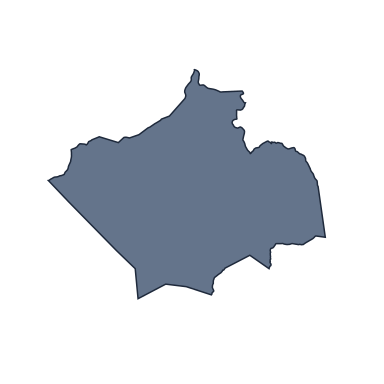 outline of Morolica, Choluteca, Honduras, rotated 17°
{"feature_id": "27666195B91678508389935", "entity_name": "Morolica", "entity_type": "district", "adm_level": 2, "iso_a3": "HND", "parent_name": "Honduras", "parent_adm1": "Choluteca", "projection": "albers", "projection_center": [-86.88, 13.564], "detail": "fine", "context": "isolated", "style": "filled", "palette": "slate", "viewbox_px": 384, "rotation_deg": 17, "n_neighbors": 0, "source": "geoboundaries", "source_scale": "gbopen_adm2", "svg_char_len": 5942}
<svg xmlns="http://www.w3.org/2000/svg" viewBox="0 0 384 384"><g transform="rotate(17 192 192)"><path d="M171.6,309.8L193.8,287.8L214.2,284.2L240.6,284.7L240.7,284.4L240.8,284.2L240.8,283.4L240.7,282.6L240.8,282.3L241.1,281.7L241.6,281.0L241.7,280.7L241.7,280.4L241.6,280.1L241.5,279.8L240.0,278.2L239.5,277.5L239.3,277.1L239.0,275.7L238.9,275.2L238.9,274.6L238.9,274.1L239.1,273.5L239.1,273.2L238.9,272.6L238.5,271.2L238.3,270.1L238.4,269.2L238.4,267.9L238.5,267.5L238.6,267.1L240.1,265.0L241.3,263.2L243.3,260.7L243.7,259.7L244.0,259.2L244.1,258.5L244.2,258.0L244.4,257.7L245.0,257.5L245.2,257.2L245.8,255.5L245.8,255.2L265.8,235.6L288.1,242.8L288.1,240.8L288.3,240.1L288.6,239.8L288.8,239.5L288.9,239.0L288.8,238.5L288.7,238.1L288.4,237.7L288.1,237.4L287.6,237.0L287.0,236.2L287.2,235.9L287.2,235.6L286.8,234.8L286.6,234.3L286.5,234.0L286.6,233.7L286.8,233.3L286.8,232.9L286.7,232.8L286.4,232.5L286.3,232.3L286.1,231.5L285.9,230.5L285.8,230.3L285.5,229.8L284.8,227.8L284.7,227.3L284.7,227.1L284.8,226.9L284.8,226.6L284.6,226.3L284.2,225.7L284.0,225.3L283.8,224.8L283.8,224.3L283.8,223.6L284.0,222.9L284.3,222.7L285.5,221.9L285.7,221.7L285.9,221.3L286.2,220.8L287.0,218.3L287.2,217.4L287.4,216.9L287.8,216.7L288.8,216.4L290.8,215.8L292.0,215.4L292.9,215.1L293.5,214.8L294.2,214.7L294.9,214.8L295.3,214.9L296.2,214.7L296.9,214.7L297.4,214.6L298.4,214.4L300.7,213.5L302.5,212.2L302.9,212.0L303.8,211.9L306.9,211.5L307.9,211.3L308.8,211.3L309.6,211.0L310.4,210.5L310.8,210.5L311.2,210.5L312.0,210.4L312.5,210.3L313.0,209.9L313.6,209.8L314.0,209.4L314.7,208.4L315.7,207.2L317.0,205.8L319.4,203.2L320.0,202.6L320.5,202.0L321.0,201.5L321.4,200.9L322.1,199.7L322.7,198.4L322.9,198.2L323.3,197.9L323.5,197.8L332.7,196.3L310.9,149.7L310.5,149.4L310.0,148.9L309.4,147.3L309.1,146.5L308.4,144.9L307.8,144.4L305.8,143.2L305.4,142.8L304.8,142.3L304.3,141.5L303.3,140.3L303.1,139.8L302.8,139.5L302.4,139.1L300.0,137.4L299.7,137.1L298.9,136.2L298.3,135.2L294.3,130.9L293.4,130.1L292.5,129.6L291.8,129.1L291.7,128.9L291.4,128.4L290.9,127.0L290.6,126.5L289.7,125.5L288.9,124.8L288.3,124.5L287.8,124.3L286.9,124.3L285.9,124.0L285.0,123.9L284.7,123.9L284.3,124.0L284.0,124.0L283.3,123.8L281.7,123.0L281.0,122.7L280.7,122.6L279.5,122.7L279.3,122.6L279.1,122.5L278.9,122.3L278.4,121.4L277.7,120.4L277.1,120.0L276.8,119.8L276.5,119.8L276.3,119.8L275.9,120.0L274.5,120.7L272.4,122.2L271.9,122.5L271.5,122.6L271.1,122.7L270.3,122.6L269.2,122.4L266.7,121.5L266.2,121.3L265.9,121.1L265.5,120.8L264.9,120.1L264.0,119.4L263.8,119.3L263.6,119.2L263.2,119.4L262.5,119.5L260.4,119.5L259.6,119.6L259.3,119.8L258.5,120.6L258.3,120.7L258.0,120.7L256.6,120.2L255.9,120.5L255.4,120.8L254.4,120.9L254.1,120.8L253.8,120.8L253.9,121.5L253.8,122.1L253.8,122.4L253.6,122.5L253.4,122.4L252.8,122.0L252.1,121.6L251.9,121.6L251.5,121.6L251.1,121.6L250.5,121.4L250.1,121.1L249.7,121.1L249.3,121.3L248.9,121.6L248.1,122.4L245.5,125.0L244.1,127.0L243.7,127.7L243.4,128.3L243.3,129.2L243.0,129.7L242.4,130.1L240.2,131.2L239.4,132.1L238.8,133.0L238.6,134.5L238.1,135.3L237.5,136.3L237.4,136.5L237.2,137.2L237.0,137.7L236.6,138.2L236.4,138.2L236.2,137.8L236.1,137.6L235.7,137.2L234.1,136.4L233.0,135.8L232.2,135.1L231.3,134.2L229.8,132.8L228.1,130.0L226.6,128.3L225.9,127.9L225.6,127.5L225.4,127.1L225.3,126.7L225.0,123.3L224.9,120.4L224.7,119.6L224.6,119.0L224.4,118.5L224.1,118.0L223.7,117.6L223.4,117.4L221.0,116.0L220.2,115.8L219.4,115.7L219.2,115.7L219.0,115.8L217.3,117.3L216.7,117.6L216.4,117.6L215.7,117.6L214.6,117.6L213.9,117.4L213.3,117.2L212.8,116.8L212.0,115.9L211.1,115.3L210.7,114.9L210.4,114.5L210.1,114.0L210.0,113.5L210.0,112.9L210.1,112.0L210.3,111.6L210.8,110.9L211.8,110.0L212.2,109.8L212.7,109.6L213.0,109.5L213.3,109.2L213.5,109.1L213.5,108.9L213.4,108.5L213.0,107.8L212.8,107.2L212.3,105.9L212.1,105.5L211.9,104.6L211.1,101.9L210.8,101.2L210.7,100.9L210.8,100.7L211.0,100.3L211.6,100.1L214.4,99.5L214.9,99.1L215.6,98.6L216.2,97.7L216.6,95.9L217.0,95.1L217.1,94.5L217.1,94.0L216.9,93.5L216.9,92.6L216.9,92.0L217.0,91.1L216.3,91.3L215.8,91.3L215.2,90.9L214.4,90.2L213.6,89.5L212.2,88.6L211.7,88.3L211.0,87.6L210.6,87.1L210.3,86.5L210.1,85.8L210.2,85.2L210.8,84.4L211.2,84.1L211.7,83.8L212.2,83.3L212.4,83.0L212.3,82.4L211.7,81.7L210.4,80.8L192.0,87.3L191.1,87.7L190.1,88.0L189.2,88.0L188.4,87.8L185.7,87.5L184.8,87.4L184.5,87.4L183.6,87.4L182.0,87.5L177.6,88.1L176.9,88.1L176.1,87.9L175.0,87.5L172.8,86.5L172.3,86.4L171.7,86.3L171.2,86.4L168.9,87.4L168.5,87.5L168.2,87.5L167.9,87.5L167.7,87.3L166.9,86.5L166.2,85.9L166.0,85.4L165.7,84.5L165.4,81.7L164.9,79.7L164.7,78.1L164.5,77.2L164.1,76.4L162.8,75.1L162.3,74.8L161.5,74.5L160.3,74.3L158.7,74.2L158.5,74.4L158.8,74.7L158.9,75.0L158.8,77.8L158.7,78.5L158.0,81.1L157.8,81.9L157.8,82.5L157.8,82.9L158.6,85.1L158.6,85.3L158.6,85.8L158.3,87.2L157.0,89.9L155.7,93.6L155.6,94.1L155.5,94.6L155.4,96.6L155.4,96.9L155.5,97.5L155.8,98.6L157.3,100.5L157.7,101.3L157.9,101.8L158.0,102.1L158.0,102.5L158.0,104.2L157.9,104.7L148.2,126.0L141.5,131.2L141.2,131.8L141.0,132.6L137.6,136.4L136.6,137.4L132.7,142.3L131.2,143.5L124.5,152.7L116.4,158.6L114.7,158.7L112.9,158.9L111.6,159.4L110.9,159.8L107.1,166.3L87.1,166.3L86.5,166.9L85.5,167.7L83.9,169.0L81.2,171.2L80.9,171.5L80.6,172.1L80.0,172.7L78.5,174.0L78.4,174.4L78.1,176.0L78.0,176.3L77.5,177.4L77.0,177.9L76.5,177.7L76.0,177.6L74.9,177.7L72.2,178.3L70.9,178.6L70.7,178.7L70.0,179.7L69.4,181.0L69.0,182.2L68.6,182.8L67.3,184.2L64.7,186.2L64.3,186.6L64.1,186.8L64.2,187.2L64.6,188.1L65.3,189.8L65.8,191.5L66.2,192.6L66.3,193.0L66.6,194.7L66.7,196.3L67.0,198.5L66.4,203.1L66.4,204.0L66.6,205.5L66.5,206.6L66.4,207.2L66.0,208.0L65.7,208.7L65.2,209.6L64.9,210.2L64.8,211.1L64.6,212.6L63.9,213.2L62.4,214.4L61.9,214.7L61.1,215.0L60.7,215.3L60.3,215.6L59.9,216.1L59.2,216.6L58.1,217.2L56.5,217.8L56.1,218.1L55.4,218.6L54.2,220.0L53.3,220.8L52.0,222.5L51.7,222.8L51.3,223.0L77.0,237.5L136.9,270.1L160.1,281.9L171.6,309.8Z" fill="#64748b" stroke="#1e293b" stroke-width="1.5"/></g></svg>